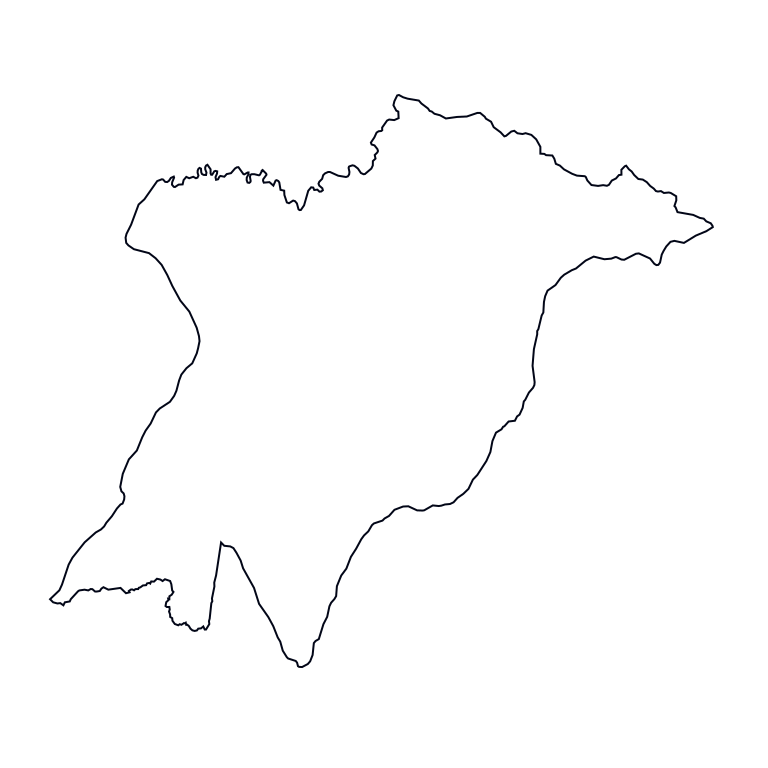 the district of Puerto Nare, Antioquia, Colombia, rotated 185°
{"feature_id": "7082276B40653631008406", "entity_name": "Puerto Nare", "entity_type": "district", "adm_level": 2, "iso_a3": "COL", "parent_name": "Colombia", "parent_adm1": "Antioquia", "projection": "natural_earth1", "projection_center": [-74.693, 6.141], "detail": "fine", "context": "isolated", "style": "outline", "palette": "ink", "viewbox_px": 768, "rotation_deg": 185, "n_neighbors": 0, "source": "geoboundaries", "source_scale": "gbopen_adm2", "svg_char_len": 6139}
<svg xmlns="http://www.w3.org/2000/svg" viewBox="0 0 768 768"><g transform="rotate(185 384 384)"><path d="M697.9,140.5L694.6,137.7L690.2,136.9L687.4,137.5L684.1,135.6L682.9,138.7L678.1,140.0L677.3,142.3L670.7,150.9L669.5,151.8L664.4,153.0L660.6,152.6L658.3,154.2L656.6,154.2L653.8,152.1L652.2,152.2L649.1,153.0L647.7,155.5L645.8,157.1L640.7,155.1L628.7,157.9L622.8,153.1L619.3,154.3L620.1,155.6L618.2,157.2L616.8,157.4L615.0,156.7L613.8,158.0L611.0,158.3L610.5,159.6L609.0,160.2L606.6,162.3L603.4,162.9L602.7,164.7L600.4,165.4L599.5,164.8L598.7,167.0L595.9,167.1L593.2,170.2L589.7,169.7L587.4,168.4L585.2,170.4L579.9,169.1L578.4,166.0L577.0,159.8L575.6,158.5L577.1,155.6L579.3,153.8L579.1,151.1L580.3,151.3L579.9,149.9L581.9,147.7L582.3,143.8L580.9,142.9L578.4,143.2L577.8,140.7L578.3,138.6L577.0,135.8L576.7,133.3L574.6,132.3L574.1,129.7L571.5,126.7L567.9,125.7L566.6,126.9L564.8,126.5L562.4,128.4L561.4,128.2L560.7,128.9L560.0,126.8L559.1,127.1L557.3,125.9L555.5,123.4L553.4,121.9L551.1,121.5L548.9,122.2L547.7,124.1L545.0,124.6L542.9,126.7L541.2,123.8L539.9,123.9L537.1,129.6L537.7,132.5L537.2,135.0L536.9,150.7L536.1,152.6L536.7,155.3L535.3,167.5L535.8,171.4L534.6,178.6L532.5,211.9L529.0,208.9L523.0,208.8L519.7,207.4L516.2,202.9L511.4,195.6L508.3,188.1L495.7,169.5L489.3,154.1L478.9,141.7L473.2,133.1L467.8,122.3L464.9,118.3L461.6,109.5L457.0,103.4L455.6,102.2L447.8,100.4L446.3,98.8L445.1,95.4L443.9,94.8L440.9,94.9L435.5,98.4L433.4,101.3L431.5,107.8L431.3,119.8L429.8,122.0L426.7,124.2L423.4,139.5L420.3,147.1L419.0,157.8L417.6,161.5L414.7,165.4L413.2,168.5L413.3,178.5L409.9,189.5L405.4,196.8L401.9,208.9L397.4,217.5L393.1,227.4L390.7,231.4L386.8,235.8L383.7,242.3L381.9,244.2L373.6,247.8L371.7,250.1L367.5,253.0L362.6,259.6L354.3,263.6L349.1,264.3L340.0,261.0L334.4,261.3L332.9,261.7L324.8,267.3L318.8,267.2L316.3,267.8L312.8,269.3L307.8,270.2L304.4,272.2L300.8,277.0L295.4,281.5L290.7,286.9L287.1,296.5L283.1,301.5L275.3,316.2L272.1,325.5L271.0,336.6L268.2,345.3L263.0,349.1L261.6,351.8L260.4,352.4L256.6,357.5L250.4,358.8L248.6,363.3L246.3,365.3L243.8,372.3L243.2,378.8L241.9,380.6L238.9,388.1L235.2,393.2L234.1,396.1L234.1,399.0L237.6,415.1L237.7,431.8L235.7,446.9L236.0,450.1L235.0,452.1L232.9,466.0L231.5,469.1L231.8,479.8L231.1,485.5L229.2,491.3L221.8,497.5L217.1,505.3L214.0,508.6L206.9,513.7L202.8,515.8L193.9,524.5L186.2,529.2L175.3,527.5L168.5,528.7L164.6,530.6L163.4,530.6L158.3,528.7L155.5,528.7L144.4,535.7L141.5,536.3L129.9,532.2L125.2,527.3L123.0,526.2L121.1,526.6L119.6,529.0L118.6,537.1L117.1,540.9L114.8,545.6L111.0,550.6L107.2,551.9L97.5,550.7L86.3,559.0L76.1,564.4L70.1,569.0L70.6,570.3L72.5,572.6L77.1,574.1L79.9,576.6L83.9,577.0L90.7,579.4L106.6,580.8L108.9,585.4L110.2,586.6L108.8,592.5L109.3,596.5L115.0,599.3L116.9,599.6L121.8,598.7L124.9,600.3L127.9,599.6L129.9,599.9L132.3,602.2L136.1,604.5L139.8,608.0L144.0,610.2L148.5,610.4L153.0,614.0L155.8,617.3L158.7,619.2L161.8,622.6L163.1,621.9L166.2,618.1L165.7,613.2L168.2,612.6L170.8,609.0L174.8,606.5L177.3,602.0L179.2,600.9L183.0,601.2L188.0,600.0L194.7,600.3L199.2,604.5L201.0,607.8L202.1,608.5L210.0,608.4L214.9,609.8L223.4,613.5L227.8,616.9L232.0,618.3L234.0,623.3L236.2,626.3L242.5,626.1L244.3,627.2L248.3,627.1L248.9,633.9L253.7,641.0L258.9,645.0L264.8,646.2L267.8,645.1L272.9,645.4L276.3,647.6L279.2,646.6L284.1,641.8L285.7,641.2L289.8,644.9L297.1,649.4L300.2,654.6L305.6,657.2L306.9,659.0L311.8,662.4L314.6,662.2L324.8,657.7L334.5,656.4L345.5,653.9L351.6,656.6L357.3,657.6L360.2,659.6L362.3,660.0L364.2,662.3L371.2,666.7L374.0,669.4L385.3,670.3L389.9,671.3L394.3,673.2L396.0,672.6L398.3,666.6L398.9,662.5L395.6,657.4L393.5,656.6L392.6,650.1L396.8,647.8L401.9,647.9L403.9,646.7L408.2,639.3L407.9,636.6L408.8,635.8L411.4,635.3L413.3,633.8L415.1,628.8L418.1,623.3L417.2,621.5L414.3,620.9L411.1,617.5L410.3,615.6L410.8,614.1L413.2,611.3L412.1,607.8L414.5,605.1L414.2,600.7L415.4,597.5L421.3,591.5L422.7,591.2L425.4,592.2L428.8,596.4L432.5,598.8L434.4,599.1L436.8,598.1L437.8,597.5L438.1,596.2L436.9,592.2L437.0,589.7L438.1,587.7L439.9,586.9L447.8,587.5L456.3,590.5L458.2,590.3L461.1,588.7L462.8,586.7L463.5,583.0L466.1,579.8L466.7,577.8L465.8,576.0L462.5,573.6L461.8,571.7L463.3,570.3L465.1,570.0L467.3,571.8L470.4,571.2L471.6,573.5L473.7,573.6L476.3,569.9L479.2,555.0L482.0,550.1L483.3,549.9L484.4,550.6L486.5,556.3L488.6,558.4L490.5,558.8L494.4,555.8L496.6,556.4L499.7,563.6L500.3,567.9L504.0,568.4L505.9,575.7L507.0,577.0L508.7,577.7L509.7,577.2L511.5,572.0L515.7,575.1L521.3,574.1L522.2,575.9L522.2,577.4L519.3,582.2L519.7,583.3L523.6,586.6L524.1,586.1L523.4,585.6L524.5,584.9L525.8,581.7L526.7,581.0L531.5,581.7L534.0,581.5L535.2,580.8L535.6,578.7L534.5,574.6L534.8,573.5L535.8,572.6L537.5,572.8L538.6,575.2L538.7,577.7L537.3,581.1L537.4,582.9L538.3,582.8L541.3,580.7L542.3,580.8L547.9,587.3L549.5,587.0L551.2,585.7L554.8,580.7L559.0,579.4L561.1,576.6L565.2,577.0L566.3,575.7L567.1,573.5L569.1,572.8L569.9,575.4L568.7,579.1L568.7,581.3L570.4,581.6L571.6,581.1L573.4,577.5L574.4,577.4L575.1,578.6L575.5,582.8L579.0,587.0L580.3,586.1L581.0,584.3L580.8,582.3L579.3,579.2L579.5,576.7L582.0,576.6L583.7,577.4L584.5,579.0L585.1,582.6L586.6,583.2L587.6,582.2L588.2,580.4L588.1,578.2L587.0,575.4L587.8,573.3L589.3,572.6L592.1,573.8L596.0,572.0L599.0,573.1L601.4,569.7L602.0,565.3L606.0,564.7L609.4,562.0L610.6,562.1L612.6,564.1L612.6,566.6L611.1,571.3L611.5,572.3L614.3,570.7L616.0,567.6L617.6,566.3L619.6,566.3L621.8,568.4L623.1,568.6L627.6,566.4L638.8,547.1L644.1,541.4L649.8,520.7L653.6,511.1L654.2,507.3L653.1,502.1L650.7,499.8L644.9,496.5L629.5,493.9L622.5,489.4L615.9,483.3L609.4,473.7L603.4,463.2L594.2,449.4L584.2,439.1L575.5,423.7L572.5,415.6L571.5,410.6L572.3,403.5L573.2,398.2L576.8,387.9L582.2,382.5L586.7,375.7L588.4,369.7L590.2,359.2L592.0,353.9L595.7,347.6L605.2,340.1L608.7,335.8L613.0,324.3L617.4,316.8L620.2,309.9L624.4,296.2L631.6,286.7L636.4,271.7L637.8,258.5L636.2,254.2L633.8,252.3L632.8,249.6L632.8,246.3L634.0,242.1L636.0,241.0L639.2,236.7L643.6,228.5L648.5,221.6L650.4,217.7L653.3,214.4L658.2,211.0L668.4,200.2L679.2,183.9L682.4,176.6L687.3,156.1L689.4,150.2L697.9,140.5Z" fill="none" stroke="#020617" stroke-width="2"/></g></svg>